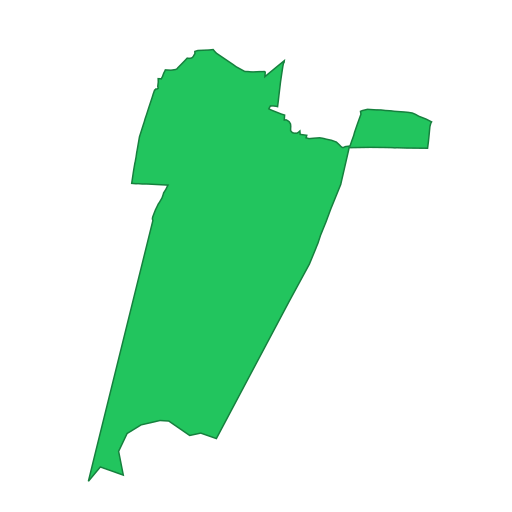 San Antonio de la Cal, Oaxaca, Mexico (Albers equal-area conic projection), rotated 85°
{"feature_id": "50627088B70630919067736", "entity_name": "San Antonio de la Cal", "entity_type": "district", "adm_level": 2, "iso_a3": "MEX", "parent_name": "Mexico", "parent_adm1": "Oaxaca", "projection": "albers", "projection_center": [-96.703, 17.028], "detail": "fine", "context": "isolated", "style": "filled", "palette": "green", "viewbox_px": 512, "rotation_deg": 85, "n_neighbors": 0, "source": "geoboundaries", "source_scale": "gbopen_adm2", "svg_char_len": 2800}
<svg xmlns="http://www.w3.org/2000/svg" viewBox="0 0 512 512"><g transform="rotate(85 256 256)"><path d="M70.8,338.0L74.2,338.2L78.6,339.1L79.5,338.9L79.9,338.8L80.3,338.8L81.0,339.9L80.9,341.3L81.7,341.8L81.8,342.5L83.5,343.3L85.7,344.3L88.7,345.5L98.9,349.9L105.6,352.7L109.4,354.4L112.6,355.6L114.9,356.6L127.1,361.7L141.1,365.4L142.0,365.7L144.6,366.3L147.2,366.9L150.4,367.8L151.0,367.9L153.0,368.6L160.3,370.5L172.8,373.5L173.3,370.7L173.5,369.6L173.7,366.7L174.0,365.0L174.4,362.7L174.6,359.8L175.0,356.5L175.8,351.0L177.7,337.5L179.1,338.4L181.8,340.0L185.2,342.6L186.2,342.9L188.5,343.9L190.0,344.6L191.0,345.3L192.0,346.0L193.3,346.9L194.0,347.4L195.8,348.9L196.9,349.5L200.7,351.8L201.0,352.0L204.0,353.5L207.9,355.4L209.1,355.8L210.1,356.0L210.8,355.8L211.6,355.6L435.8,432.4L465.8,442.6L452.6,429.5L462.7,407.3L438.6,409.9L421.6,399.9L414.2,385.2L411.5,366.0L412.8,357.3L429.0,337.7L427.6,326.5L434.4,311.4L303.6,226.6L269.9,204.3L268.7,203.5L266.9,202.6L265.8,202.0L259.8,198.9L253.6,195.7L252.5,195.2L248.7,193.2L240.5,189.7L240.0,189.4L234.7,186.7L228.1,183.3L224.3,181.5L224.0,181.4L221.8,180.3L219.6,179.3L217.5,178.3L214.4,176.8L212.9,176.0L192.2,165.4L160.1,155.0L156.2,153.8L157.7,132.7L159.1,118.5L159.4,115.7L159.9,111.0L160.4,108.1L160.4,106.3L161.5,97.2L163.6,75.7L157.2,74.3L153.1,73.5L142.3,71.5L140.6,70.9L138.8,70.2L137.7,69.4L134.5,74.5L132.5,78.5L131.0,81.6L128.8,84.8L127.2,87.8L126.2,91.7L125.5,95.5L124.8,99.9L123.9,105.6L123.2,108.6L122.6,112.5L122.4,114.1L121.4,118.8L120.9,123.7L119.6,132.2L120.4,137.4L121.0,139.3L122.4,139.2L123.9,139.1L133.2,143.4L141.3,147.0L144.6,148.2L150.2,150.8L154.5,152.7L154.7,154.2L154.8,157.4L155.6,159.7L155.6,160.0L155.2,160.8L154.8,161.4L153.8,162.3L153.0,162.9L149.5,166.0L147.3,170.7L145.6,176.3L145.0,177.8L144.4,179.8L143.8,182.3L143.7,187.8L143.7,193.0L143.0,194.8L142.6,195.9L140.2,194.9L138.7,201.4L135.3,201.4L135.9,202.2L136.3,202.7L137.2,204.3L137.0,207.1L136.3,209.0L134.2,210.6L132.0,210.4L129.9,210.1L127.5,210.1L125.2,211.2L123.9,212.7L123.0,214.1L123.0,216.0L118.1,215.2L116.9,218.2L112.1,227.8L110.5,230.4L109.8,230.0L107.8,228.6L108.0,225.8L108.6,222.8L109.1,221.5L103.1,220.2L98.1,219.2L84.7,216.4L77.1,214.6L69.7,212.8L66.5,211.9L65.7,211.2L63.9,210.8L68.3,217.3L74.9,226.9L78.1,231.5L73.7,230.8L73.1,231.2L73.0,231.6L72.6,236.8L72.5,240.2L72.4,242.7L72.1,245.2L71.6,247.7L71.2,251.1L66.4,258.3L66.0,259.0L63.2,262.2L60.7,265.3L50.6,277.7L48.5,279.4L46.6,280.7L46.7,284.9L46.2,296.0L46.9,299.1L49.1,299.2L50.7,300.4L51.8,301.1L52.6,302.0L53.2,303.1L53.3,305.4L52.9,307.3L55.3,310.0L58.4,313.6L61.9,317.7L62.6,318.2L63.2,319.7L63.4,322.5L63.5,324.6L62.7,330.1L64.2,330.9L65.5,331.8L67.1,332.6L68.7,333.3L70.8,334.6L71.3,334.9L71.1,335.6L70.8,338.0Z" fill="#22c55e" stroke="#15803d" stroke-width="1.5"/></g></svg>